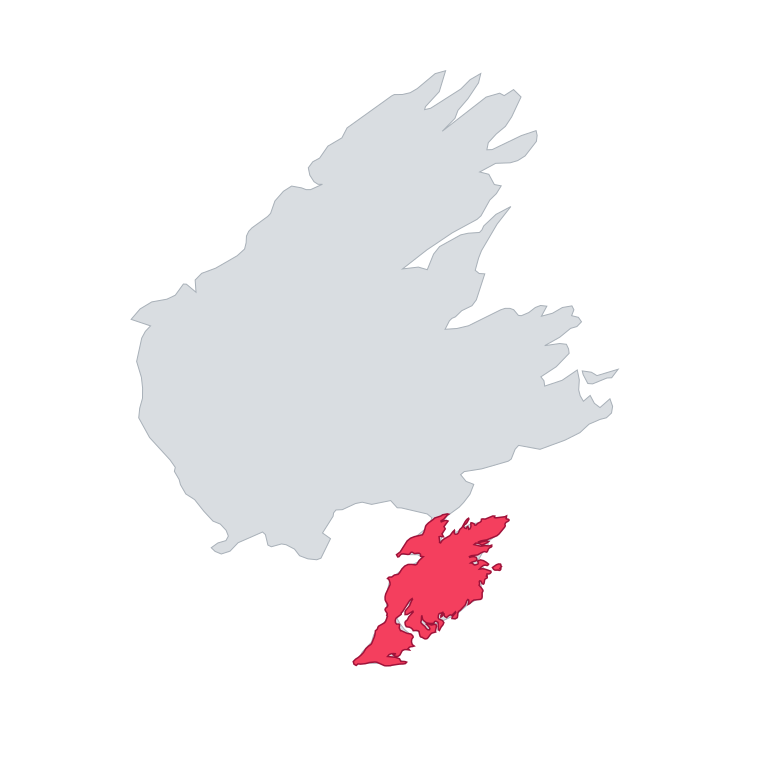 where Donegal sits in Ireland, rotated 157°
{"feature_id": "IRL-729", "entity_name": "Donegal", "entity_type": "County", "adm_level": 1, "iso_a3": "IRL", "parent_name": "Ireland", "parent_adm1": "", "projection": "equal_earth", "projection_center": [-7.962, 54.925], "detail": "fine", "context": "in_parent", "style": "filled", "palette": "rose", "viewbox_px": 768, "rotation_deg": 157, "n_neighbors": 0, "source": "natural_earth", "source_scale": "10m", "svg_char_len": 9679}
<svg xmlns="http://www.w3.org/2000/svg" viewBox="0 0 768 768"><g transform="rotate(157 384 384)"><path d="M491.4,157.2L474.5,165.7L471.9,169.0L467.2,182.0L466.6,185.7L456.0,200.2L450.0,203.2L441.1,205.6L436.0,207.9L429.5,206.7L421.4,206.9L417.4,209.5L417.6,211.5L420.0,213.8L435.0,220.5L434.2,223.3L429.9,226.5L403.0,234.3L394.9,239.1L392.2,242.2L395.0,247.5L416.5,263.2L420.2,264.9L423.4,274.1L442.4,278.0L450.2,283.7L456.9,285.1L471.5,284.6L477.4,286.8L480.7,285.1L482.6,282.1L498.8,270.9L493.7,262.5L510.1,248.3L514.6,248.5L522.4,252.8L528.8,258.9L530.9,267.0L536.9,274.3L540.8,276.8L551.3,278.2L553.8,281.1L552.0,291.7L553.6,295.2L580.3,294.9L591.0,290.3L600.2,291.1L604.9,295.9L607.0,300.8L599.0,302.6L590.7,301.6L586.7,304.8L586.5,311.0L589.4,319.0L595.0,324.6L599.6,337.4L603.5,351.6L609.4,360.2L610.7,370.8L609.9,376.1L611.1,385.5L608.7,388.8L610.6,397.7L620.7,426.3L623.0,448.7L618.3,457.2L611.9,465.2L607.8,474.6L604.7,484.9L602.9,501.4L589.1,520.9L583.1,525.7L576.2,528.7L591.5,542.3L579.2,548.4L565.7,550.3L550.7,546.9L541.4,547.3L529.6,554.4L526.9,553.1L521.2,541.9L517.2,553.5L508.6,557.1L493.8,556.4L469.1,559.4L459.6,562.7L455.7,567.9L452.8,573.9L448.9,577.4L444.6,579.3L425.5,583.7L421.7,585.4L412.9,595.1L401.3,600.7L391.7,602.3L383.2,596.7L379.7,593.3L375.7,591.6L362.6,591.9L366.7,593.6L369.4,597.6L370.7,605.2L369.2,612.6L362.7,616.4L355.0,617.1L342.7,624.9L326.6,627.0L317.9,634.2L264.4,646.2L261.4,646.4L254.0,643.3L246.1,641.9L238.1,642.9L215.7,649.7L204.9,648.3L218.9,631.5L237.5,623.1L239.4,620.7L233.4,619.6L198.1,625.5L185.8,630.5L173.6,632.0L179.3,624.3L195.3,613.8L209.0,607.0L214.9,600.8L231.6,593.9L177.9,608.2L163.9,606.5L160.7,602.5L149.7,604.4L145.7,594.7L162.1,580.0L171.6,573.7L182.9,570.3L193.7,565.4L197.8,559.4L192.8,557.5L160.5,559.0L145.0,557.8L145.9,553.0L148.9,547.8L165.0,538.8L173.7,537.4L181.4,538.3L195.0,543.5L213.1,541.8L205.6,536.1L204.5,524.5L198.7,520.6L206.2,515.3L214.7,512.0L229.0,500.9L234.0,499.2L262.0,496.5L292.1,490.7L322.0,482.7L306.7,478.2L299.5,472.3L287.6,484.2L279.1,488.8L255.1,491.3L247.6,489.9L236.9,486.2L233.6,487.6L230.5,490.5L214.6,496.4L197.9,497.8L217.4,487.0L242.1,468.7L247.7,463.0L255.6,453.0L253.2,448.5L248.2,446.0L266.1,425.4L272.4,421.7L283.8,421.1L292.1,417.9L295.8,417.9L299.1,416.6L306.4,410.5L295.2,406.6L283.6,404.6L247.6,406.7L242.9,406.3L238.5,404.4L235.6,401.7L233.5,394.7L230.9,393.2L222.8,393.2L214.8,395.3L209.2,395.1L203.7,392.0L212.6,384.9L201.3,383.3L189.9,384.7L180.5,382.5L180.2,378.1L184.6,373.6L179.0,369.4L177.9,364.1L184.0,361.5L190.5,362.3L203.9,358.4L221.1,356.5L206.4,352.6L200.6,349.3L200.4,344.2L201.6,339.9L218.7,332.6L236.8,329.3L235.5,324.5L236.9,319.3L218.6,317.8L200.6,321.4L202.6,311.5L207.1,302.5L208.0,296.6L207.2,290.2L198.7,292.9L197.9,284.0L194.4,277.9L181.8,282.1L182.3,274.1L185.9,268.4L192.5,266.0L199.0,267.0L211.0,266.9L222.6,262.7L239.3,261.6L265.9,262.9L284.1,274.9L288.8,272.7L296.2,265.2L299.7,264.4L327.2,267.7L344.3,272.0L348.9,270.6L346.5,262.3L340.6,256.5L348.0,248.9L357.0,243.8L363.0,241.2L376.9,238.0L383.0,235.0L387.0,225.3L393.4,217.2L358.7,221.4L325.7,211.8L331.0,205.0L337.9,201.2L350.0,198.3L351.1,194.7L357.2,191.8L367.3,184.1L363.6,174.0L365.6,166.7L372.9,161.9L375.2,155.1L378.4,150.0L393.0,148.2L407.1,143.6L428.8,142.9L434.5,144.8L433.2,136.5L443.4,135.5L447.4,137.1L449.1,143.0L453.8,146.7L455.2,153.2L452.1,158.3L446.9,162.1L451.7,166.1L444.3,173.3L452.3,170.2L463.6,163.2L463.0,157.5L461.1,150.2L457.9,143.7L459.3,136.6L465.7,132.1L482.4,129.9L475.5,121.8L481.6,121.0L488.2,122.7L498.0,129.0L518.8,137.9L508.7,145.8L496.3,151.3L491.4,157.2ZM197.0,314.8L196.4,318.6L188.5,313.8L184.7,308.5L162.7,306.1L172.0,300.8L176.4,302.4L191.9,302.6L196.2,304.8L197.0,314.8Z" fill="#d9dde1" stroke="#a8b0b8" stroke-width="1"/><path d="M488.4,160.2L486.3,160.8L485.4,161.6L484.6,162.5L483.7,163.2L476.9,164.0L475.6,164.7L474.5,165.6L471.5,168.9L471.9,170.1L471.7,170.3L471.1,170.5L470.7,171.4L471.3,174.8L471.2,175.9L470.4,176.8L470.2,177.0L468.1,177.6L467.2,178.4L466.8,180.0L467.3,183.4L467.3,184.8L466.2,187.6L464.5,190.0L456.8,196.9L456.1,198.7L455.9,202.0L456.3,203.0L456.8,203.5L455.4,204.2L454.3,204.1L452.3,203.3L449.1,204.1L445.4,203.3L443.5,204.1L439.7,206.8L436.1,208.3L432.4,208.5L428.9,207.1L425.8,205.2L424.3,205.2L420.6,207.8L415.3,209.7L417.1,210.8L417.7,211.1L416.9,213.1L417.8,214.5L419.6,215.3L421.4,215.7L422.3,216.1L423.4,217.8L424.3,218.4L425.2,218.5L426.8,217.5L427.6,217.4L429.1,218.0L432.6,220.2L434.3,220.7L436.1,220.1L437.7,219.2L438.9,219.4L439.2,222.0L434.7,223.1L424.0,230.5L419.9,231.7L415.7,231.6L407.5,230.2L405.2,232.0L403.1,234.4L401.7,236.3L401.2,236.9L400.0,237.7L397.3,238.8L391.6,240.1L389.6,240.9L389.3,240.8L383.3,240.3L381.1,240.7L376.4,239.7L375.4,238.9L376.8,238.7L381.7,236.3L385.1,235.7L385.1,234.7L381.6,234.6L380.0,234.1L378.6,232.8L384.5,229.3L384.2,226.7L389.2,223.4L388.9,220.1L390.1,220.6L390.8,221.2L391.6,221.7L393.0,221.9L394.2,217.6L394.8,216.4L394.4,216.1L394.0,215.6L392.0,217.0L389.8,217.8L382.5,218.7L378.6,221.0L376.3,221.9L376.4,221.1L377.5,219.9L377.6,218.7L376.9,217.7L375.3,217.3L373.7,217.9L371.0,220.5L368.2,221.5L363.2,225.5L361.7,226.4L360.2,227.1L358.6,227.4L358.6,226.5L361.3,224.3L362.9,223.3L364.9,222.9L366.4,221.9L366.1,220.0L364.8,218.8L363.1,220.1L362.4,220.1L362.8,217.1L361.4,217.1L359.6,218.9L358.7,221.5L358.1,222.3L357.0,221.6L356.0,220.5L355.5,219.6L355.6,219.0L355.5,218.5L354.6,218.2L353.9,218.4L352.8,218.9L352.1,219.1L349.5,219.3L348.3,219.6L347.1,221.5L345.7,221.2L343.6,220.1L335.4,220.0L333.6,219.1L334.5,217.9L333.4,217.1L324.6,214.6L322.7,214.7L323.0,214.2L323.3,213.7L323.6,213.2L324.1,212.8L324.1,212.0L322.8,211.3L322.0,210.4L322.3,209.5L323.8,209.1L325.4,209.0L326.6,208.5L327.5,207.6L327.8,206.0L329.0,205.0L336.7,201.0L339.4,200.2L350.2,200.4L355.8,201.7L358.7,201.8L358.7,201.0L351.2,199.6L349.2,198.1L350.9,197.6L355.7,197.4L356.9,197.7L358.3,199.3L360.0,200.9L361.9,201.7L363.9,201.0L358.2,196.8L354.2,195.8L350.4,193.8L347.8,193.6L348.3,192.3L349.1,192.0L350.1,192.0L351.4,191.8L352.5,191.2L353.9,189.8L355.1,189.1L357.2,190.6L359.6,190.7L364.6,190.1L370.6,191.8L372.8,191.8L372.8,190.9L370.9,190.7L368.6,189.9L366.9,188.5L366.9,186.3L368.4,185.2L372.7,185.7L374.2,185.4L372.8,184.6L371.6,182.2L370.2,181.7L368.2,181.6L367.7,181.7L367.2,182.3L367.0,183.3L367.0,184.1L366.9,184.5L363.9,184.4L361.4,182.5L359.4,179.8L358.1,177.3L359.5,176.5L360.5,176.9L361.5,177.7L362.9,178.1L364.4,177.9L365.8,177.6L368.5,176.3L365.3,175.4L362.9,173.7L358.8,170.0L358.9,169.0L359.8,168.4L360.9,168.1L362.1,168.3L363.3,169.0L364.4,167.7L364.7,167.2L364.0,167.2L364.6,165.4L365.4,165.0L366.5,165.1L367.7,164.6L369.8,161.4L370.6,160.9L371.6,161.7L371.9,164.8L372.9,165.4L373.5,164.9L374.2,162.4L375.1,161.7L373.9,157.8L373.5,155.5L374.0,154.5L375.2,153.6L376.9,149.5L378.0,148.2L379.6,148.1L385.7,150.0L387.6,149.7L390.9,148.4L392.7,148.2L392.0,149.3L391.3,150.2L390.7,151.0L390.5,152.3L391.0,152.9L392.3,152.2L395.5,148.9L402.0,146.0L404.1,145.5L405.5,144.4L406.5,142.3L407.8,140.3L410.3,140.0L413.1,141.6L412.2,143.0L407.3,145.5L407.3,146.4L411.8,144.6L412.5,145.0L413.2,145.6L414.8,145.5L416.5,145.0L417.6,144.5L419.0,146.4L419.0,147.2L418.6,148.7L419.5,148.5L421.1,147.6L422.7,147.2L422.2,148.5L421.4,149.3L420.3,149.8L419.0,150.0L419.0,150.9L421.0,150.8L422.2,151.1L423.1,151.0L424.2,150.0L425.5,147.6L425.2,146.1L422.7,143.6L422.1,141.0L423.8,139.3L426.6,137.8L429.3,135.5L429.6,136.2L430.1,136.5L427.6,142.7L427.5,143.6L427.7,143.9L428.1,144.4L428.6,145.0L429.3,145.5L430.3,145.5L431.3,144.6L432.3,144.5L433.7,145.0L435.9,146.0L438.0,147.4L438.9,148.6L439.1,149.1L440.0,150.8L440.3,151.8L440.3,152.7L439.8,155.1L439.6,156.3L440.4,155.1L442.1,151.6L442.9,150.9L443.3,149.9L442.6,147.8L441.6,145.8L441.1,145.0L440.9,143.7L440.4,141.9L439.5,140.5L438.1,140.0L437.3,141.0L437.5,142.9L438.2,144.9L438.9,146.4L437.4,146.1L436.4,145.4L435.5,144.4L434.5,143.6L431.3,143.0L430.1,142.1L430.4,140.5L433.3,136.3L433.3,135.5L437.2,136.0L438.9,135.5L442.7,133.2L444.0,132.8L445.8,133.3L447.0,134.6L447.8,135.9L448.8,136.5L449.3,137.5L449.1,139.5L448.7,141.5L448.4,142.3L449.0,143.5L450.4,144.4L453.5,145.5L453.5,147.0L454.4,148.8L455.7,150.3L456.8,150.9L458.3,151.9L458.5,154.0L457.9,156.2L456.9,157.2L455.3,157.5L454.0,158.3L452.1,160.0L446.2,162.7L446.2,163.6L452.6,162.7L454.7,163.5L453.5,166.3L452.3,167.3L447.0,170.0L443.4,173.6L441.9,174.6L441.9,175.5L444.1,175.0L446.0,174.0L456.1,167.0L457.3,166.8L458.2,165.3L460.3,164.7L462.8,164.2L464.6,163.6L466.0,162.0L466.7,159.8L466.2,158.0L464.2,157.2L463.7,156.6L464.1,155.4L465.3,153.6L465.2,150.4L464.5,150.2L460.2,145.5L457.7,143.9L456.8,143.2L456.4,142.3L455.9,140.9L456.0,139.6L458.3,138.1L459.5,135.8L459.8,133.1L458.6,131.0L460.4,131.2L462.0,131.7L463.5,131.8L465.2,131.0L464.9,130.6L464.8,130.3L464.7,129.9L464.5,129.2L466.6,130.5L468.9,131.5L471.3,131.5L475.3,128.3L477.5,127.8L479.6,128.6L481.3,131.0L479.0,131.1L478.3,131.0L480.4,132.1L482.7,132.9L485.1,132.9L487.2,131.8L480.4,128.0L477.1,125.1L476.9,122.0L474.0,120.8L472.7,120.0L471.8,119.1L473.5,118.3L475.4,118.7L479.1,120.1L486.4,122.0L488.2,122.2L492.3,123.8L493.7,124.6L499.2,130.6L500.9,131.6L506.2,133.3L510.2,133.8L515.0,135.3L517.3,136.5L519.6,135.8L521.1,137.8L520.8,140.5L517.7,141.8L514.7,142.3L511.1,143.4L507.7,144.9L504.1,147.5L500.6,148.8L497.7,149.4L496.3,150.4L491.6,155.1L490.0,157.2L488.6,159.7L488.4,160.2ZM351.5,168.1L353.2,168.7L354.6,169.3L355.5,170.5L355.9,172.7L351.2,173.7L348.9,173.6L347.1,172.7L347.1,171.8L347.4,171.3L347.5,171.2L347.4,171.0L347.1,170.0L348.7,169.2L349.3,169.0L349.1,168.7L348.8,168.4L348.6,168.1L349.5,167.4L350.3,167.2L351.0,167.5L351.5,168.1Z" fill="#f43f5e" stroke="#9f1239" stroke-width="1.5"/></g></svg>